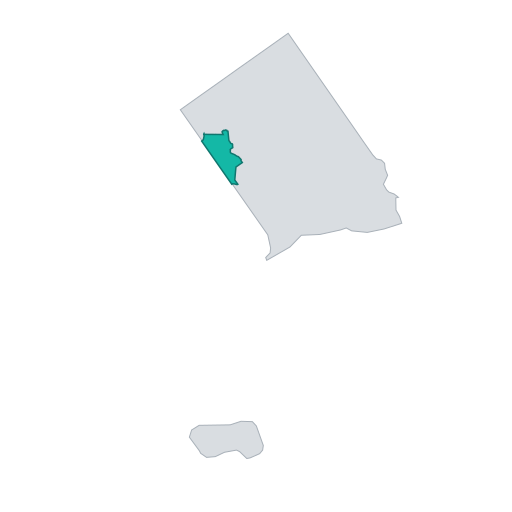 location of Micomiseng, Kié-Ntem, Equatorial Guinea, rotated 235°
{"feature_id": "11065452B35658646165921", "entity_name": "Micomiseng", "entity_type": "district", "adm_level": 2, "iso_a3": "GNQ", "parent_name": "Equatorial Guinea", "parent_adm1": "Kié-Ntem", "projection": "albers", "projection_center": [10.868, 2.052], "detail": "fine", "context": "in_parent", "style": "filled", "palette": "teal", "viewbox_px": 512, "rotation_deg": 235, "n_neighbors": 0, "source": "geoboundaries", "source_scale": "gbopen_adm2", "svg_char_len": 2157}
<svg xmlns="http://www.w3.org/2000/svg" viewBox="0 0 512 512"><g transform="rotate(235 256 256)"><path d="M419.2,277.9L419.4,304.1L419.5,326.2L419.7,350.2L419.8,375.2L419.9,396.4L420.0,410.1L396.8,410.0L366.1,409.9L335.3,409.8L304.5,409.7L289.0,409.6L272.0,409.6L266.5,410.3L262.7,413.7L258.2,414.5L252.9,411.6L246.6,410.1L244.8,407.1L241.7,401.5L235.3,400.9L232.1,401.5L227.6,404.7L222.4,406.3L223.4,403.8L213.3,397.0L206.0,396.3L199.2,394.2L204.7,376.4L211.5,360.7L221.7,348.8L227.2,346.0L228.9,340.1L237.0,320.7L247.0,305.0L243.9,289.0L246.3,262.3L249.2,263.1L249.7,265.6L250.4,269.3L254.2,272.6L266.6,277.8L303.6,277.8L325.7,277.8L358.4,277.9L392.9,277.9L419.2,277.9ZM126.1,97.5L128.9,97.9L145.8,97.5L150.4,103.5L149.9,112.3L132.5,138.0L129.2,148.9L122.4,158.0L116.6,158.8L96.6,153.3L93.2,150.1L92.0,145.6L94.0,135.4L95.4,132.3L105.1,130.4L108.2,128.7L113.3,117.6L115.0,107.6L119.4,100.0L126.1,97.5Z" fill="#d9dde1" stroke="#a8b0b8" stroke-width="1"/><path d="M361.4,300.9L362.6,300.0L362.9,299.9L364.8,300.1L366.1,300.0L374.3,304.6L374.9,304.0L375.7,304.2L376.8,303.2L376.8,302.9L376.8,302.7L376.9,302.4L376.9,302.2L377.0,302.1L377.1,301.9L377.3,301.8L377.3,301.7L377.5,301.5L377.5,301.4L377.5,301.2L377.5,300.9L377.5,300.6L377.5,300.4L377.4,300.3L377.2,300.0L377.2,299.9L377.2,299.7L377.3,299.7L377.2,299.4L376.8,299.3L376.4,299.2L376.2,299.1L375.9,299.1L375.6,299.0L375.4,299.0L375.2,298.9L374.6,298.7L374.4,298.7L379.2,292.0L379.3,291.8L380.9,289.6L382.0,288.0L382.1,287.8L382.2,287.7L382.3,287.6L382.4,287.4L384.5,284.6L385.2,283.5L385.8,283.5L386.1,283.6L386.0,283.4L385.6,282.9L384.2,282.5L382.0,280.1L381.4,279.3L381.4,278.4L381.3,277.4L328.7,277.3L328.7,278.0L328.1,278.8L327.3,279.8L326.6,280.3L325.8,281.0L325.3,281.5L325.2,282.3L325.4,282.3L330.4,282.2L335.9,286.8L340.4,290.6L340.4,294.5L340.4,298.4L341.5,298.4L342.8,298.4L343.5,299.1L343.9,299.1L344.9,298.9L346.1,298.8L347.6,298.5L348.6,297.7L349.9,297.1L350.9,296.8L352.3,296.0L353.8,295.0L354.7,294.5L355.3,294.4L356.0,294.6L356.9,295.4L357.9,295.8L358.2,296.7L358.1,299.1L358.6,299.5L359.5,299.8L360.4,300.6L361.4,300.9Z" fill="#14b8a6" stroke="#0f766e" stroke-width="1.5"/></g></svg>